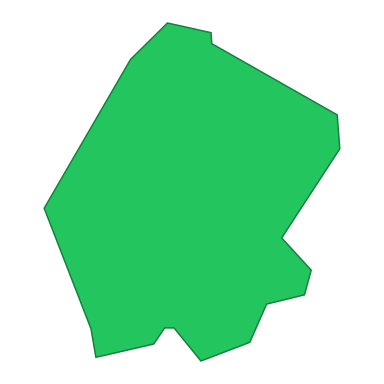 Cueibet, Lakes, South Sudan
{"feature_id": "79223893B36009183812967", "entity_name": "Cueibet", "entity_type": "district", "adm_level": 2, "iso_a3": "SSD", "parent_name": "South Sudan", "parent_adm1": "Lakes", "projection": "albers", "projection_center": [29.25, 7.096], "detail": "fine", "context": "isolated", "style": "filled", "palette": "green", "viewbox_px": 384, "rotation_deg": 0, "n_neighbors": 0, "source": "geoboundaries", "source_scale": "gbopen_adm2", "svg_char_len": 375}
<svg xmlns="http://www.w3.org/2000/svg" viewBox="0 0 384 384"><path d="M249.8,342.3L266.6,304.1L304.5,294.8L311.2,270.2L281.7,237.9L339.8,148.8L337.2,114.9L211.8,43.7L211.0,32.7L167.4,23.0L160.8,29.6L130.6,59.3L44.2,208.2L44.2,208.3L91.0,328.8L95.9,357.3L153.7,344.0L164.7,327.9L174.0,327.9L200.9,361.0L249.8,342.3Z" fill="#22c55e" stroke="#15803d" stroke-width="1.5"/></svg>